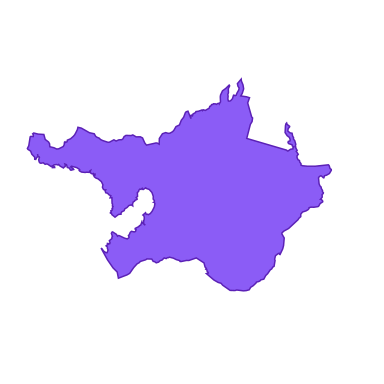 Toba Samosir, Sumatera Utara, Indonesia, rotated 339°
{"feature_id": "22746128B48431928866564", "entity_name": "Toba Samosir", "entity_type": "district", "adm_level": 2, "iso_a3": "IDN", "parent_name": "Indonesia", "parent_adm1": "Sumatera Utara", "projection": "albers", "projection_center": [99.307, 2.386], "detail": "fine", "context": "isolated", "style": "filled", "palette": "violet", "viewbox_px": 384, "rotation_deg": 339, "n_neighbors": 0, "source": "geoboundaries", "source_scale": "gbopen_adm2", "svg_char_len": 6046}
<svg xmlns="http://www.w3.org/2000/svg" viewBox="0 0 384 384"><g transform="rotate(339 192 192)"><path d="M121.6,102.6L117.5,99.9L111.6,92.7L108.7,90.7L107.4,92.6L104.7,95.1L102.9,96.6L101.2,97.5L97.7,98.8L94.2,98.9L93.4,100.3L91.5,100.4L91.4,99.6L90.8,99.8L89.6,102.1L88.1,103.4L83.0,103.9L81.1,103.4L79.0,101.2L75.5,98.8L76.3,95.9L76.0,93.9L73.8,90.3L74.3,85.2L69.1,82.8L65.4,80.2L64.1,80.6L64.4,81.5L63.7,83.3L61.3,82.3L60.7,82.5L56.2,90.3L53.9,92.4L54.1,93.4L56.0,96.0L56.0,99.3L57.6,103.1L56.9,105.1L57.8,105.6L59.6,104.0L60.9,103.9L61.4,101.2L60.9,103.9L61.9,104.4L62.0,104.9L60.4,107.0L60.1,109.2L60.4,110.3L61.2,111.0L63.6,111.4L64.8,113.5L66.3,113.7L67.3,114.4L69.5,117.6L70.6,117.6L70.3,119.2L72.6,120.0L72.8,119.5L71.8,117.6L72.9,117.2L75.4,117.8L76.6,118.8L77.4,118.5L78.1,120.5L80.6,123.5L81.9,122.8L82.7,122.8L83.4,121.1L83.4,120.4L84.6,121.5L84.4,124.4L86.1,125.8L86.3,127.6L86.8,128.3L89.6,128.6L89.4,127.6L87.9,125.5L88.0,124.9L88.7,124.7L93.1,127.9L94.8,130.2L95.1,131.0L94.4,131.4L94.6,132.1L96.0,133.8L99.3,135.5L100.6,135.7L103.0,136.8L104.4,135.6L105.1,135.5L104.3,136.4L104.1,137.6L104.5,138.5L105.3,139.3L106.6,139.4L106.6,140.1L107.9,140.6L107.3,141.6L106.1,141.2L106.3,142.9L107.4,144.7L108.9,145.9L111.1,149.8L111.4,153.4L110.1,155.4L110.2,157.5L110.8,158.6L112.2,159.1L111.3,159.9L111.2,161.8L112.7,162.9L113.5,164.9L114.9,166.4L113.4,168.1L115.2,168.6L113.3,173.9L113.5,174.8L112.8,176.2L113.1,177.1L112.5,177.3L112.3,178.4L111.5,178.7L111.7,179.4L111.1,179.7L110.7,180.5L109.7,180.4L109.7,181.1L108.4,182.0L108.3,182.5L109.2,182.8L109.1,184.4L111.1,187.9L115.4,186.6L117.8,187.3L118.1,186.4L119.2,185.4L122.0,185.1L123.1,183.7L125.9,183.2L128.2,182.0L130.7,182.3L131.7,183.7L132.1,182.0L133.6,180.2L135.1,180.0L135.6,179.4L138.1,179.2L138.3,178.5L137.9,177.2L139.6,176.6L140.8,172.9L142.3,172.4L142.9,171.4L144.4,170.6L145.3,171.3L146.8,170.7L146.9,171.9L147.4,172.2L150.3,171.5L150.7,172.4L153.0,174.3L154.4,178.1L154.3,182.1L153.2,184.7L153.8,186.5L153.3,187.8L152.6,187.9L153.1,188.3L153.2,189.5L151.5,192.4L147.9,195.7L145.3,197.2L143.0,197.5L142.3,196.7L141.2,196.5L141.2,194.7L137.9,195.9L138.5,196.9L138.4,198.4L137.4,200.8L136.5,201.3L136.2,202.8L135.2,203.4L136.5,206.3L134.5,202.8L134.5,201.9L132.3,204.5L130.8,204.6L130.3,205.1L129.2,205.3L126.0,205.6L125.6,206.1L126.3,207.0L125.1,208.6L123.8,208.6L121.4,207.0L119.8,207.6L118.2,209.3L117.0,209.9L117.1,211.6L116.6,212.1L114.8,212.6L112.5,210.9L108.4,206.6L107.7,206.3L106.6,206.6L106.3,204.5L103.6,200.8L102.9,200.8L101.9,201.7L101.8,205.0L101.1,205.4L100.5,206.8L97.4,207.8L97.3,210.1L96.6,210.8L94.6,209.7L94.4,210.1L94.9,210.8L92.5,211.5L93.3,213.0L92.8,214.3L92.8,216.1L91.0,218.2L90.0,217.9L88.2,215.3L87.7,212.9L87.0,211.8L88.8,225.0L91.1,234.6L93.5,239.9L92.4,246.1L101.7,246.1L104.7,245.6L110.6,241.6L115.0,239.4L117.7,239.0L118.7,238.3L124.5,238.7L125.8,238.3L130.4,240.2L130.9,242.9L132.0,243.5L133.2,245.3L135.7,245.5L137.7,244.7L139.6,244.8L142.4,243.6L144.0,244.9L145.6,244.5L146.5,244.9L147.5,244.7L150.9,247.1L153.1,249.5L156.0,251.7L155.9,252.5L156.7,253.0L162.3,253.9L164.5,254.8L172.4,255.1L177.8,262.5L177.3,266.7L178.0,268.5L177.2,269.0L178.0,269.9L177.7,271.6L178.3,272.8L178.1,273.5L176.2,273.3L180.9,282.0L184.0,285.8L186.4,287.6L187.3,290.1L192.3,297.5L196.8,299.4L198.6,299.5L204.6,302.7L207.3,303.5L210.4,303.8L212.6,302.0L215.6,301.4L219.2,299.9L219.8,299.2L222.3,299.5L223.8,299.3L224.7,298.7L227.8,299.1L230.9,296.4L233.3,295.4L237.2,292.7L238.8,292.4L240.4,291.1L242.0,290.8L245.0,285.7L245.1,284.3L247.1,281.4L250.3,280.4L251.4,280.4L251.4,281.6L251.8,281.9L256.3,277.6L258.3,274.8L261.6,268.0L260.9,263.3L261.5,262.3L263.9,261.4L269.1,260.7L281.0,255.9L282.5,254.8L284.7,254.0L285.6,251.7L288.0,250.3L291.7,250.5L294.0,250.1L295.3,249.4L295.7,248.6L297.7,248.8L300.3,249.9L304.4,250.8L305.2,250.6L307.5,248.7L310.4,248.1L310.8,247.4L310.1,245.1L309.4,244.8L311.7,243.5L312.6,240.9L313.9,240.5L314.4,239.8L313.9,238.4L314.4,237.3L314.0,235.1L314.3,233.6L313.6,232.0L313.6,229.8L315.2,224.1L316.3,223.3L318.0,223.0L318.7,223.6L319.8,225.9L320.2,226.0L321.5,224.3L323.7,224.5L326.9,224.0L329.8,221.7L330.1,220.8L329.3,219.6L329.5,216.6L329.1,215.5L316.3,212.1L308.8,209.2L304.6,207.1L303.4,206.0L303.9,204.5L303.3,202.7L303.6,201.1L302.5,199.8L302.4,197.6L303.0,195.9L304.7,194.9L303.9,191.4L305.1,190.8L304.7,188.3L305.3,185.5L306.0,184.7L306.3,180.8L305.7,179.0L306.3,177.6L306.0,175.9L306.5,173.0L304.7,171.9L303.3,169.4L304.5,167.3L306.3,166.3L306.7,165.7L305.0,162.9L305.1,161.5L304.1,162.0L303.0,163.6L300.2,169.9L301.0,173.5L302.5,176.0L302.4,178.3L301.8,179.4L300.0,179.3L299.3,180.4L299.7,181.6L302.3,183.7L302.2,185.1L303.3,186.4L302.1,186.8L301.7,187.9L299.3,187.4L296.5,188.1L295.8,187.9L295.3,186.8L262.3,161.6L270.7,149.8L273.3,147.8L275.1,144.6L274.6,143.3L275.9,128.8L279.5,124.6L277.1,122.7L272.0,119.8L274.3,117.9L277.2,114.2L278.0,110.3L277.9,106.1L278.4,104.2L273.2,107.1L272.8,109.9L273.3,111.7L272.2,113.5L269.3,115.9L267.9,117.5L266.7,117.5L265.8,116.5L265.4,116.6L263.2,119.4L260.8,120.6L259.6,120.6L258.6,120.1L258.8,118.0L260.1,115.4L260.3,113.9L261.6,112.4L262.9,108.6L265.2,106.4L265.0,105.5L260.6,107.4L256.7,108.5L253.4,111.7L252.5,113.3L250.9,118.1L250.1,118.8L249.1,118.8L248.9,119.3L248.7,118.8L247.6,118.6L246.1,118.9L245.6,118.2L243.6,117.3L242.7,117.7L241.7,117.4L240.1,118.5L239.3,118.4L238.1,119.9L233.6,120.6L232.2,119.4L230.9,119.8L230.8,119.0L227.0,118.9L224.5,118.3L223.7,119.1L220.9,119.5L219.7,121.1L219.3,120.8L219.3,120.1L218.1,120.1L217.3,123.2L217.2,115.1L215.3,115.0L214.2,115.6L211.0,119.2L207.7,121.2L204.3,124.9L200.5,125.2L197.2,127.9L195.6,128.7L192.5,129.2L190.8,128.7L188.7,127.1L185.3,127.0L180.7,130.3L178.5,135.6L177.1,133.9L176.0,133.3L166.3,131.9L165.5,129.4L165.2,123.8L163.6,122.0L159.6,120.5L157.2,117.5L155.4,117.5L150.7,115.5L148.5,115.9L146.6,117.6L145.2,118.0L142.5,117.1L139.4,117.2L137.8,115.3L132.7,115.9L131.4,115.5L127.0,111.9L125.4,110.2L124.7,108.5L122.6,106.5L122.0,105.4L121.6,102.6Z" fill="#8b5cf6" stroke="#5b21b6" stroke-width="1.5"/></g></svg>